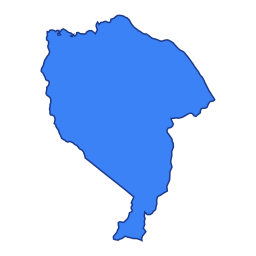 Trairi, Ceará, Brazil
{"feature_id": "56859067B38979206613098", "entity_name": "Trairi", "entity_type": "district", "adm_level": 2, "iso_a3": "BRA", "parent_name": "Brazil", "parent_adm1": "Ceará", "projection": "robinson", "projection_center": [-39.362, -3.377], "detail": "fine", "context": "isolated", "style": "filled", "palette": "blue", "viewbox_px": 256, "rotation_deg": 0, "n_neighbors": 0, "source": "geoboundaries", "source_scale": "gbopen_adm2", "svg_char_len": 3557}
<svg xmlns="http://www.w3.org/2000/svg" viewBox="0 0 256 256"><path d="M73.2,34.9L71.0,33.1L68.4,32.4L66.9,31.1L65.5,30.1L63.3,28.9L61.4,29.8L60.7,31.3L59.1,32.7L59.0,30.5L56.9,30.4L55.8,31.6L54.0,30.4L51.9,30.0L49.8,30.3L48.9,32.0L47.2,31.6L47.2,33.5L47.4,35.4L46.5,37.8L46.7,39.9L48.5,41.3L48.6,44.0L47.9,45.5L48.0,47.5L48.8,49.5L49.5,50.9L49.4,52.9L48.5,54.8L47.1,56.4L46.0,58.3L44.7,60.3L43.9,63.0L43.3,65.5L42.2,67.4L41.3,69.5L41.3,71.5L42.9,73.0L43.7,74.4L44.3,75.8L45.1,77.4L45.8,79.6L47.2,80.5L48.7,80.9L49.3,83.2L48.3,85.7L46.8,87.2L46.8,89.3L46.5,91.0L46.0,93.2L46.8,95.1L48.6,96.4L50.3,97.7L50.7,99.8L50.8,102.4L50.0,104.8L50.0,106.7L49.5,109.0L50.1,111.4L49.9,113.2L50.5,114.9L52.3,115.1L53.7,115.8L54.8,117.3L55.1,119.4L54.7,121.5L54.2,123.4L55.7,124.7L56.0,126.5L57.1,128.3L58.4,130.1L59.3,133.0L60.7,135.7L61.6,138.3L63.3,139.4L65.0,140.3L66.2,141.5L67.9,142.0L69.5,141.4L71.0,141.9L72.4,142.5L73.6,143.4L74.9,144.5L76.7,145.4L78.0,146.7L79.2,148.5L80.4,149.3L82.0,150.1L83.5,151.9L84.6,155.2L85.3,158.0L94.9,165.6L102.8,172.0L112.2,179.4L114.2,181.0L125.4,189.9L133.7,196.8L133.1,198.8L131.9,201.3L131.3,203.0L132.6,205.0L131.3,206.7L131.2,208.6L132.2,210.1L131.8,211.7L129.5,212.7L129.0,215.0L128.4,217.1L127.6,218.6L125.8,220.4L123.7,222.4L121.8,222.1L119.7,221.8L118.3,222.6L118.3,225.0L118.8,227.1L118.4,228.7L117.5,230.2L117.1,231.7L116.2,233.2L114.6,234.9L113.3,236.8L113.6,239.1L115.5,239.7L118.2,240.1L120.1,239.0L122.0,238.5L123.8,237.2L125.4,236.2L127.5,237.1L129.6,237.5L131.1,237.9L133.1,238.5L135.4,238.5L137.2,238.7L138.7,239.2L140.2,239.7L141.9,240.6L141.7,238.3L142.5,236.0L144.7,233.2L145.9,231.7L144.4,229.6L143.3,228.2L144.0,226.4L144.7,224.6L144.3,221.5L145.1,218.4L144.3,216.6L144.7,212.0L147.3,214.6L150.2,214.5L152.2,213.3L153.1,211.8L155.6,209.5L156.0,206.9L156.8,204.0L156.7,201.4L156.7,199.8L157.3,197.2L158.6,196.0L160.2,195.4L163.7,193.0L167.3,191.0L166.8,186.2L169.6,180.1L169.8,175.9L169.9,171.8L172.0,167.1L170.7,162.2L170.9,159.7L171.8,155.8L171.7,151.3L173.4,147.2L173.2,143.3L172.4,141.7L171.8,138.8L168.7,134.3L167.2,132.4L167.0,130.1L168.2,128.1L171.0,127.5L172.5,126.1L173.3,124.0L171.8,120.8L171.0,118.5L172.5,118.3L174.5,118.2L176.1,117.8L178.2,118.2L180.7,117.7L182.8,117.0L185.2,115.7L187.7,114.1L189.5,113.4L190.9,113.1L192.6,113.8L193.8,115.6L195.8,116.4L197.9,114.6L200.3,112.8L200.4,110.7L201.2,108.9L202.5,108.2L205.1,108.2L207.0,107.3L207.7,105.5L208.6,103.6L210.0,101.6L211.6,101.1L213.3,101.0L214.7,99.8L213.5,97.6L212.6,96.4L208.9,90.5L205.0,82.8L203.9,80.3L202.9,78.4L201.8,76.7L200.6,75.6L199.7,74.3L198.5,71.9L197.0,69.9L195.4,67.6L194.2,66.1L193.3,64.4L191.7,62.2L188.6,57.9L187.3,56.2L186.0,54.7L184.8,53.1L183.5,51.8L181.9,50.9L179.7,49.9L178.0,48.3L176.2,46.4L174.2,44.1L173.0,42.8L171.4,41.7L169.7,40.8L168.3,40.1L166.7,39.9L164.4,40.3L162.4,41.1L160.6,41.1L159.2,40.5L156.7,39.5L155.1,39.0L152.8,38.5L150.6,37.2L148.9,35.7L146.3,34.0L144.7,34.0L142.8,33.4L140.2,31.5L138.3,30.5L136.9,29.3L134.4,27.5L133.1,26.1L131.9,24.6L130.4,22.2L129.3,20.0L127.1,17.9L125.2,17.2L123.7,16.2L121.7,15.6L119.8,15.4L117.6,15.4L116.0,16.5L114.1,18.2L110.9,19.3L110.7,21.2L109.8,22.5L107.9,22.4L106.3,21.5L104.3,21.5L102.8,22.4L100.9,22.4L99.1,24.4L97.6,22.1L96.4,24.2L96.1,26.2L96.8,28.3L97.4,29.9L96.5,31.6L95.4,33.7L93.7,32.2L91.6,30.7L89.3,30.6L87.0,31.7L85.6,33.7L83.8,34.1L82.0,33.7L80.6,33.9L78.3,32.5L76.7,32.7L76.5,34.7L74.8,36.1L73.2,34.9ZM59.1,32.7L60.6,34.7L58.3,35.4L57.7,33.6L59.1,32.7ZM73.2,34.9L72.0,36.7L70.7,36.0L73.2,34.9Z" fill="#3b82f6" stroke="#1e3a8a" stroke-width="1.5"/></svg>